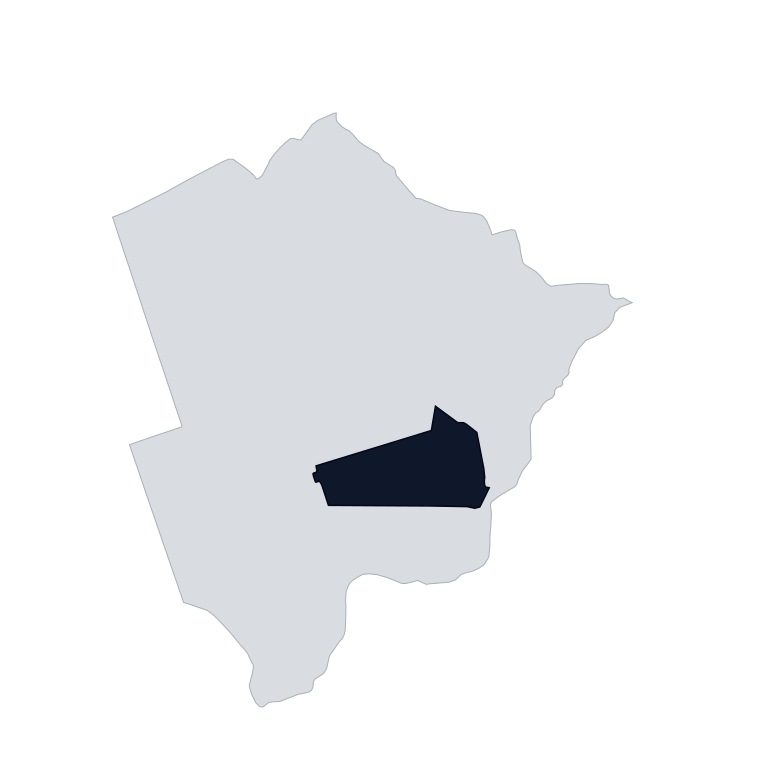 Kweneng highlighted on a map of Botswana, rotated 343°
{"feature_id": "BWA-2647", "entity_name": "Kweneng", "entity_type": "District", "adm_level": 1, "iso_a3": "BWA", "parent_name": "Botswana", "parent_adm1": "", "projection": "orthographic", "projection_center": [24.77, -23.86], "detail": "fine", "context": "in_parent", "style": "filled", "palette": "ink", "viewbox_px": 768, "rotation_deg": 343, "n_neighbors": 0, "source": "natural_earth", "source_scale": "10m", "svg_char_len": 3377}
<svg xmlns="http://www.w3.org/2000/svg" viewBox="0 0 768 768"><g transform="rotate(343 384 384)"><path d="M417.6,110.9L416.5,113.8L415.6,118.1L416.7,121.3L419.0,125.7L422.3,129.5L424.8,131.7L427.7,137.3L430.7,144.3L434.6,149.7L446.1,162.2L447.4,166.7L449.0,171.1L456.2,179.6L457.3,182.4L456.7,188.2L464.1,205.5L468.9,215.7L473.0,217.6L486.1,228.5L497.5,237.2L510.9,243.3L520.8,247.3L525.6,250.2L528.0,252.9L529.9,258.1L530.8,267.1L531.0,272.9L541.6,272.9L550.4,273.6L553.4,274.8L554.5,276.5L554.2,280.3L554.2,286.0L554.5,290.6L553.5,295.5L552.8,301.3L552.3,308.5L553.6,311.3L561.8,320.5L565.2,326.5L568.8,335.4L571.0,338.3L572.7,339.5L580.3,340.7L599.7,344.9L611.7,348.6L621.1,352.4L625.1,353.4L627.0,354.4L627.6,355.3L626.2,363.0L626.6,365.5L627.6,367.7L629.1,369.5L631.1,370.7L638.3,371.7L642.5,376.6L645.2,378.8L632.1,379.6L625.5,383.3L621.6,390.2L615.6,395.2L607.5,398.2L599.0,400.3L590.0,401.2L580.4,407.0L570.0,417.6L564.8,424.3L564.5,427.1L562.2,429.5L557.8,431.4L555.4,433.8L554.7,436.7L552.4,438.0L548.4,437.8L545.5,439.9L543.8,444.2L540.2,446.7L534.7,447.5L529.9,449.9L525.9,453.8L522.8,455.7L520.6,455.8L517.2,458.9L511.7,466.4L510.7,470.0L502.8,498.6L498.8,501.9L490.8,507.7L484.4,514.7L481.6,518.8L478.6,520.6L464.0,524.0L458.6,525.8L452.0,528.4L450.4,530.9L448.7,539.7L444.1,552.4L440.4,561.7L437.9,569.8L433.8,579.9L430.2,583.3L426.2,586.4L420.9,587.9L413.7,588.9L407.1,588.5L402.1,588.7L395.0,592.3L388.5,592.5L378.1,590.4L369.6,588.5L365.9,588.0L358.4,581.5L353.6,581.6L346.3,581.1L342.2,579.6L338.3,576.3L330.0,569.7L321.8,564.4L314.6,561.2L307.9,559.8L301.6,561.2L296.6,562.7L294.7,563.4L290.9,566.3L287.0,571.6L283.9,579.9L282.7,584.9L279.3,595.7L274.7,608.6L272.4,612.3L269.9,615.1L265.7,617.6L252.3,628.1L245.7,639.7L241.5,643.1L236.3,644.8L232.0,645.8L229.6,647.8L227.1,653.7L224.8,655.8L222.2,656.6L214.4,656.1L211.9,655.6L191.4,657.2L185.1,655.5L180.6,654.9L173.7,657.5L170.7,656.0L168.2,651.3L166.7,641.6L166.8,633.4L170.5,627.0L173.5,622.4L176.4,616.3L176.8,613.7L176.1,611.3L175.3,606.4L174.8,601.4L170.0,590.6L164.1,576.2L156.2,560.2L153.7,555.8L148.9,548.9L131.2,536.1L128.5,534.4L128.5,532.9L128.0,519.9L127.4,502.7L126.8,485.4L126.2,468.2L125.6,451.0L125.0,433.8L124.4,416.6L123.9,399.3L123.3,382.1L122.8,367.6L135.5,367.1L151.2,366.6L169.8,366.1L178.1,365.9L178.5,363.6L178.2,352.9L177.6,328.4L177.0,303.9L176.3,279.4L175.7,255.0L175.2,230.5L174.6,206.0L174.0,181.6L173.5,157.2L173.2,145.1L187.9,144.0L204.8,141.2L232.2,136.6L257.7,131.1L274.4,128.0L294.2,124.3L301.0,123.6L302.9,124.1L305.6,125.2L314.9,137.3L320.7,146.6L321.8,150.5L322.9,150.9L325.6,150.3L328.7,148.8L338.0,139.4L339.9,137.0L345.8,132.5L353.1,127.9L359.6,124.6L366.2,121.9L369.2,122.5L372.8,124.9L376.0,126.3L390.9,115.1L397.6,112.5L415.2,110.5L417.6,110.9Z" fill="#d9dde1" stroke="#a8b0b8" stroke-width="1"/><path d="M415.7,442.3L426.7,420.3L442.8,442.0L443.2,442.4L443.9,442.7L448.8,444.3L451.2,446.8L458.6,457.5L454.7,494.1L453.0,502.9L452.3,504.3L451.6,506.0L450.8,509.4L450.8,511.1L451.2,512.3L451.7,512.7L452.3,512.9L453.4,513.4L454.3,514.0L447.9,520.9L439.7,529.6L435.1,529.4L434.2,529.2L427.7,525.6L392.1,514.0L382.5,511.0L295.4,483.8L295.0,462.3L293.9,458.0L290.8,458.0L290.3,458.0L289.9,457.8L289.8,457.4L289.6,451.6L289.8,449.3L290.2,448.8L290.8,448.6L293.3,448.6L294.4,447.6L295.1,442.4L415.7,442.3Z" fill="#0f172a" stroke="#020617" stroke-width="1.5"/></g></svg>